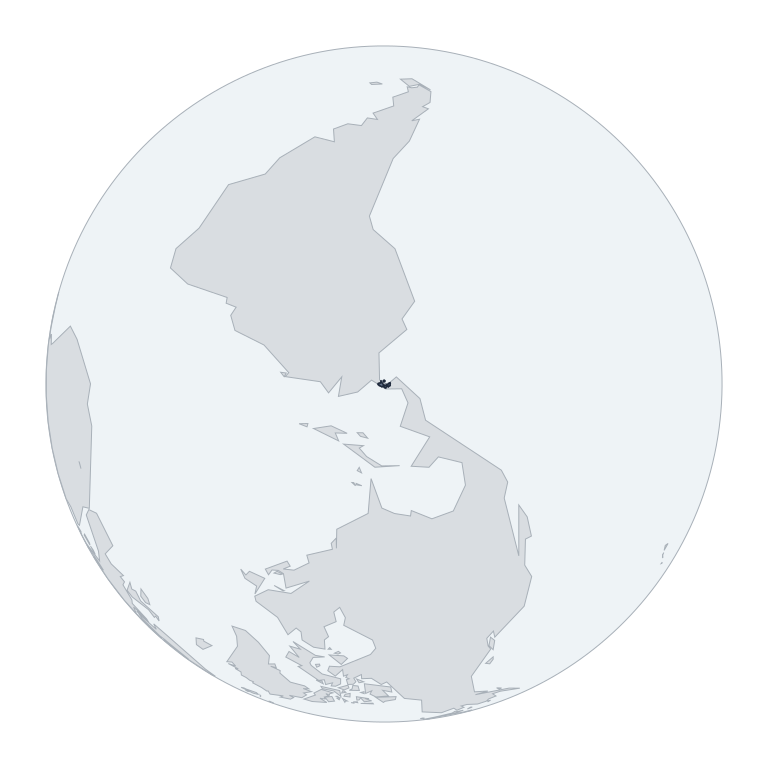 the Earth from above Panama, rotated 192°
{"feature_id": "PAN-1340", "entity_name": "Panama", "entity_type": "Province", "adm_level": 1, "iso_a3": "PAN", "parent_name": "Panama", "parent_adm1": "", "projection": "orthographic", "projection_center": [-79.066, 8.844], "detail": "fine", "context": "on_globe", "style": "filled", "palette": "slate", "viewbox_px": 768, "rotation_deg": 192, "n_neighbors": 0, "source": "natural_earth", "source_scale": "10m", "svg_char_len": 10701}
<svg xmlns="http://www.w3.org/2000/svg" viewBox="0 0 768 768"><g transform="rotate(192 384 384)"><circle cx="384" cy="384" r="338" fill="#eef3f6" stroke="#a8b0b8"/><path d="M389.2,387.1L381.1,383.5L373.4,393.5L345.8,377.2L335.8,357.2L251.3,324.1L242.6,313.8L242.7,297.4L216.4,243.9L227.0,293.7L216.3,283.8L208.2,265.9L213.4,261.7L208.7,236.1L199.5,226.4L200.7,195.8L223.0,159.4L225.6,165.1L230.6,156.6L227.7,149.4L224.5,146.9L237.8,116.2L231.5,101.7L218.6,105.3L230.0,99.1L198.3,112.6L187.9,114.7L206.3,107.7L213.4,103.6L209.6,102.1L216.1,97.8L218.0,95.0L226.0,90.4L236.2,87.8L241.6,85.1L238.6,84.4L244.8,80.1L248.3,81.4L259.5,74.4L278.5,71.2L281.5,82.6L298.7,80.7L319.4,93.1L324.2,89.5L335.1,93.5L344.6,91.1L345.7,95.1L352.4,90.0L349.6,86.9L351.6,83.9L356.9,82.6L359.3,87.0L356.9,88.4L360.4,89.1L359.3,92.1L362.9,89.8L365.1,96.1L370.9,88.2L379.4,91.9L378.7,96.6L368.3,98.2L341.0,116.6L337.1,123.8L342.0,131.2L373.2,139.6L373.2,147.4L380.9,156.3L385.7,150.5L381.4,141.6L392.2,134.1L385.7,125.3L389.1,121.3L386.6,112.4L398.2,111.9L410.9,116.6L413.6,124.3L419.2,127.0L425.8,118.8L439.6,133.6L464.0,144.9L466.3,149.6L454.5,158.7L431.4,159.8L416.0,175.7L437.4,164.0L442.9,177.6L448.6,179.7L454.9,178.8L457.3,173.4L461.6,178.3L442.0,190.6L437.9,186.3L444.1,182.1L433.3,183.2L420.1,193.4L423.9,200.5L400.1,211.6L402.5,217.2L398.7,223.4L396.4,213.4L400.0,232.1L372.6,254.1L377.0,288.8L360.3,262.2L346.8,259.5L330.6,260.4L331.0,265.9L309.1,262.1L289.8,274.2L283.3,302.0L291.4,323.3L315.7,324.0L322.7,311.9L340.3,309.2L328.3,341.8L359.3,346.0L356.6,370.5L365.7,383.0L381.1,379.5L397.0,385.2L408.1,370.7L426.0,362.4L426.8,382.2L436.4,363.8L446.7,373.0L482.1,370.7L479.5,375.3L509.5,397.2L540.9,405.4L548.2,419.3L544.6,428.4L555.2,430.2L555.4,436.0L596.8,441.0L617.0,453.1L615.6,473.2L597.3,498.0L577.5,546.7L543.8,564.7L533.0,583.6L503.0,611.4L482.9,610.6L486.4,622.9L473.5,631.0L459.8,632.1L455.6,640.8L445.4,641.4L451.0,646.7L432.3,658.0L435.0,666.4L420.9,674.9L423.1,679.5L418.5,679.5L413.1,681.3L412.0,683.9L398.9,679.8L397.5,669.0L403.9,663.3L397.8,662.4L411.6,647.2L404.3,650.4L409.7,626.9L421.9,606.5L433.2,545.2L426.7,532.8L401.4,518.6L371.2,471.3L379.9,451.4L373.0,442.1L395.4,413.4L389.2,387.1ZM73.0,287.1L75.4,279.5L75.3,284.6L73.0,287.1ZM76.0,274.7L75.3,277.3L75.7,275.1L76.0,274.7ZM75.7,273.1L75.9,274.3L75.3,273.7L75.7,273.1ZM74.9,271.8L75.4,272.2L75.3,272.4L74.9,271.8ZM375.6,300.7L411.0,316.8L391.3,319.4L394.9,316.2L385.9,309.4L369.2,303.4L351.7,307.4L375.6,300.7ZM74.8,267.6L74.9,266.3L75.6,265.9L74.8,267.6ZM390.6,281.0L384.5,279.9L390.4,279.6L390.6,281.0ZM222.0,146.8L226.9,149.9L227.2,158.5L222.4,156.2L222.0,146.8ZM222.4,132.3L226.5,131.9L220.5,139.8L220.0,137.5L222.4,132.3ZM207.9,109.5L210.7,110.2L205.8,111.1L207.9,109.5ZM216.8,95.5L214.0,96.9L216.2,94.9L216.8,95.5ZM380.4,113.5L383.5,113.0L382.3,114.9L380.4,113.5ZM376.5,110.4L373.0,113.0L370.6,111.9L372.8,110.3L376.5,110.4ZM230.5,86.4L234.9,83.4L232.2,85.9L230.5,86.4ZM381.3,107.6L366.8,109.7L362.6,108.0L367.5,100.8L381.3,107.6ZM238.6,81.4L249.1,75.2L243.7,77.3L264.9,68.8L248.9,76.3L246.4,78.7L243.8,79.0L238.6,81.4ZM346.3,86.6L349.6,89.8L341.9,88.5L346.3,86.6ZM340.9,86.7L314.4,89.0L312.3,84.3L321.6,84.1L314.8,79.8L326.8,76.2L333.2,77.8L332.2,81.4L337.6,77.5L340.9,86.7ZM274.9,65.6L279.0,64.2L276.7,65.3L274.9,65.6ZM351.8,82.6L346.6,83.2L344.4,79.1L354.3,77.2L351.8,79.1L351.8,82.6ZM307.2,80.7L307.3,77.7L317.0,73.9L318.4,72.4L326.9,75.8L307.2,80.7ZM355.1,79.4L359.4,76.5L365.4,77.4L356.7,81.9L355.1,79.4ZM339.6,78.9L339.0,77.0L342.6,77.4L339.6,78.9ZM388.9,80.3L382.8,80.4L381.1,78.1L388.9,80.3ZM360.6,75.4L358.6,75.2L357.2,74.5L361.2,72.9L360.6,75.4ZM333.2,73.1L337.2,72.4L330.2,71.5L337.2,69.1L341.6,72.1L342.7,69.8L344.8,69.2L346.0,72.4L333.2,73.1ZM361.2,69.4L369.2,73.3L381.0,73.2L382.8,75.1L363.6,74.9L361.2,69.4ZM352.2,70.8L358.2,70.3L357.4,72.5L352.8,74.3L352.2,70.8ZM340.4,66.7L328.5,69.5L327.9,68.9L340.4,66.7ZM364.8,68.9L362.7,68.0L365.7,68.6L364.8,68.9ZM348.0,66.7L343.9,67.6L343.4,66.8L348.0,66.7ZM362.2,65.8L364.7,66.9L361.7,68.0L362.2,65.8ZM355.8,65.8L356.1,64.5L359.1,67.7L354.0,66.3L355.8,65.8ZM348.2,65.8L346.5,65.6L350.0,65.5L348.2,65.8ZM372.1,61.7L376.7,65.4L370.0,67.5L366.5,63.5L372.1,61.7ZM420.1,688.4L399.7,681.4L411.5,684.6L421.1,680.4L431.3,685.6L420.1,688.4ZM448.0,677.1L458.4,674.4L460.4,675.6L453.7,677.8L448.0,677.1ZM632.3,154.8L619.7,143.5L626.6,150.6L640.0,163.4L639.8,163.3L649.3,174.8L641.9,166.0L625.4,151.8L628.5,161.1L648.0,194.0L646.6,199.8L638.3,197.8L615.6,169.4L621.4,159.9L613.4,151.3L599.0,142.4L601.9,140.8L596.7,136.5L597.6,133.3L585.7,120.4L584.6,117.0L567.3,104.8L564.4,101.8L575.5,109.6L582.6,113.8L578.3,107.8L573.8,104.5L562.9,97.5L563.1,97.4L553.1,91.5L548.5,88.8L571.4,102.8L593.0,118.5L613.4,135.9L632.3,154.8ZM545.1,87.0L546.6,88.2L533.8,81.7L521.7,75.6L517.9,74.2L537.6,84.3L545.1,88.3L551.0,91.1L571.8,104.3L576.0,108.2L555.7,96.7L559.4,101.5L541.9,91.8L499.4,68.0L488.1,63.0L492.3,63.9L519.2,74.3L545.1,87.0ZM273.0,64.8L269.6,66.0L270.4,65.8L276.2,63.9L264.9,68.8L243.7,77.3L243.1,77.1L230.2,83.5L230.7,82.8L273.0,64.8ZM721.2,406.3L721.6,392.4L721.4,367.1L720.4,358.4L719.7,363.7L717.7,353.5L716.4,355.0L702.8,375.4L693.6,364.0L671.1,323.1L670.0,302.7L661.1,282.1L646.4,201.1L653.0,201.3L652.5,182.5L654.2,183.4L664.8,198.8L671.0,205.6L684.0,228.4L695.2,252.2L704.5,276.8L711.8,302.0L717.2,327.7L720.6,353.8L721.9,380.0L721.2,406.3ZM662.8,238.2L665.9,244.4L666.0,244.4L662.8,238.2ZM483.2,370.4L487.5,374.0L481.9,374.4L483.2,370.4ZM388.7,327.6L396.1,327.9L400.1,330.8L394.4,331.9L388.7,327.6ZM450.4,326.1L458.8,327.5L450.2,329.5L450.4,326.1ZM416.5,318.9L443.7,325.8L427.0,332.1L409.8,328.1L421.5,326.0L416.5,318.9ZM387.5,292.4L392.2,293.7L390.9,297.3L387.5,292.4ZM394.9,281.0L393.1,281.3L390.7,278.5L394.9,281.0ZM444.0,176.9L445.7,176.0L452.3,176.2L449.5,178.6L444.0,176.9ZM479.6,165.0L485.7,173.2L479.4,168.5L476.7,172.8L460.2,169.1L466.6,151.8L466.6,159.9L479.6,165.0ZM439.9,160.7L449.6,164.1L438.7,161.1L439.9,160.7ZM567.2,119.5L571.8,120.6L577.8,125.9L579.1,133.0L570.4,125.1L567.2,119.5ZM576.9,121.2L556.4,109.4L554.7,105.4L559.1,109.4L560.1,108.0L567.4,114.3L585.9,123.3L592.4,128.8L591.3,137.2L588.1,131.0L583.8,129.8L576.9,121.2ZM506.8,95.0L497.9,92.3L505.9,86.8L513.3,90.1L515.1,96.6L507.4,96.6L506.8,95.0ZM392.7,95.5L388.8,96.6L388.1,95.1L390.9,93.0L392.7,95.5ZM386.2,80.5L409.2,89.9L405.8,91.4L423.3,96.5L421.3,102.6L410.1,98.9L421.6,108.0L410.7,107.2L419.5,113.2L394.7,104.3L385.3,104.7L396.5,101.8L398.6,95.9L396.7,93.6L384.2,87.5L365.1,86.6L364.1,81.6L368.5,78.3L372.9,77.7L372.2,81.0L378.6,77.9L380.9,82.3L386.2,80.5ZM420.4,56.2L417.6,58.0L431.0,57.0L433.4,59.6L434.8,59.3L440.7,61.7L450.3,64.4L449.8,65.6L453.8,66.3L457.7,68.2L463.0,69.7L464.0,72.6L470.5,74.8L467.3,75.1L478.2,78.2L470.5,77.3L474.9,80.4L480.0,79.7L472.8,97.0L475.7,106.6L482.3,115.6L468.3,114.1L453.2,105.3L439.6,94.5L438.8,86.1L432.6,87.5L430.4,84.1L436.2,84.4L426.0,82.1L425.7,79.6L413.6,72.9L398.9,72.2L394.1,70.2L399.7,69.3L391.0,68.0L398.4,65.1L395.1,63.8L399.1,60.1L411.8,59.8L407.2,58.5L410.0,56.3L420.4,56.2ZM373.7,60.6L388.3,58.5L396.8,59.2L386.4,65.5L388.3,67.1L381.9,72.2L369.7,71.3L372.7,69.8L372.7,68.3L376.5,69.1L373.5,67.3L377.4,65.4L376.2,63.6L381.3,63.3L373.7,60.6ZM649.7,176.7L649.8,176.3L648.6,174.1L654.5,181.8L649.7,176.7ZM638.9,167.1L638.1,165.2L645.9,174.0L645.7,174.9L638.9,167.1ZM631.0,157.3L637.4,164.4L633.9,161.1L631.0,157.3ZM574.0,107.9L572.4,106.1L574.8,107.6L578.7,110.5L574.0,107.9ZM460.7,57.6L457.7,57.6L455.6,57.0L444.7,55.6L442.1,54.2L447.6,54.4L460.7,57.6ZM456.0,55.8L451.8,55.3L453.1,55.0L456.0,55.8ZM439.6,53.2L440.0,52.6L440.5,53.9L439.6,53.2ZM389.3,46.1L388.5,46.1L388.2,46.1L389.3,46.1ZM425.5,49.0L431.0,49.8L429.9,49.9L425.5,49.0ZM277.0,64.5L278.8,64.2L275.1,65.4L277.0,64.5Z" fill="#d9dde1" stroke="#a8b0b8" stroke-width="1"/><path d="M387.8,386.9L387.7,386.7L387.6,386.4L387.5,386.5L387.4,386.4L387.4,386.2L387.4,385.9L387.1,385.6L387.3,385.6L387.3,385.4L387.3,385.2L386.9,385.1L387.0,385.0L386.9,385.0L386.7,385.1L386.6,384.8L386.6,384.7L386.6,384.4L386.6,384.5L386.4,384.8L386.2,384.6L385.8,384.2L385.7,384.1L385.6,383.9L385.6,384.0L385.4,384.2L385.2,384.0L385.2,383.9L385.1,383.7L384.4,383.3L384.1,383.3L383.9,383.1L383.9,382.9L383.9,382.7L384.0,382.5L384.0,382.4L384.3,382.3L384.5,382.3L384.5,382.2L384.4,382.3L384.2,382.4L383.9,382.5L383.7,382.6L383.8,382.7L383.9,382.9L383.8,383.0L383.7,383.1L383.4,383.0L383.4,382.9L383.4,383.0L382.8,383.0L382.6,383.0L382.1,383.0L381.9,383.0L381.6,383.1L381.4,383.3L381.4,383.6L381.2,383.5L381.2,383.4L381.1,383.6L381.0,383.8L380.9,383.7L380.6,383.8L380.4,383.9L380.3,384.0L380.2,383.9L380.1,384.0L380.0,384.3L380.0,384.6L380.0,384.9L379.9,385.0L379.7,385.2L379.6,385.3L379.8,385.3L380.0,385.3L380.3,385.1L380.1,385.3L379.9,385.6L379.6,385.7L379.3,385.7L379.3,385.8L379.2,385.9L379.0,386.1L378.9,386.2L378.7,386.4L378.3,386.6L378.1,386.3L378.0,386.2L378.0,385.9L377.9,385.7L378.0,385.5L377.9,385.3L377.9,385.2L377.8,384.5L377.6,384.1L377.6,383.9L377.7,383.7L377.8,383.5L377.8,383.4L378.0,383.2L378.3,383.3L378.6,383.2L378.8,383.1L378.9,382.9L378.8,382.6L379.0,382.0L379.2,381.9L379.4,382.0L379.6,382.1L379.8,382.3L380.0,382.4L380.3,382.4L380.5,382.3L380.7,382.1L380.8,381.9L381.0,381.8L381.1,381.7L381.1,381.4L381.2,381.1L381.2,380.9L381.3,380.4L381.6,380.3L381.8,380.3L382.1,380.3L382.2,380.6L382.1,380.8L382.3,380.7L382.5,380.7L382.9,380.7L382.9,380.8L383.0,380.9L383.0,381.0L382.9,381.1L382.8,381.3L383.0,381.4L383.4,381.3L383.6,381.3L383.8,381.3L384.0,381.4L384.3,381.4L384.4,381.2L384.5,381.1L384.8,381.0L385.0,381.1L385.3,380.9L385.5,381.0L385.7,380.9L385.8,380.9L385.9,381.0L386.0,381.0L386.0,380.9L386.6,381.2L387.1,381.1L387.3,381.1L387.4,381.3L387.5,381.2L387.6,381.3L387.8,381.4L387.8,381.5L388.1,381.7L388.5,381.6L388.6,381.9L388.8,381.9L389.2,382.0L389.2,381.9L389.3,381.9L389.4,382.1L389.3,382.3L389.7,382.4L389.8,382.4L390.0,382.6L389.9,382.7L389.8,382.9L389.8,383.0L389.7,383.1L389.8,383.4L389.7,383.5L389.4,383.6L389.2,383.8L388.9,383.8L388.6,383.9L388.6,384.0L388.4,384.2L388.2,384.1L387.9,384.0L387.7,384.1L387.7,384.6L387.7,384.8L387.6,385.1L387.5,385.7L387.6,385.8L387.6,386.0L387.7,386.3L387.8,386.6L387.8,386.9ZM385.0,386.3L385.0,386.2L385.2,386.3L385.2,386.5L385.3,386.6L385.3,386.8L385.4,387.0L385.2,387.1L384.9,387.3L384.9,387.5L385.0,387.6L384.9,387.7L384.8,387.4L384.7,387.3L384.6,387.2L384.7,386.9L384.6,386.7L384.5,386.4L384.9,386.2L385.0,386.3L385.0,386.3ZM383.8,387.1L383.9,387.4L384.0,387.4L384.0,387.5L383.9,387.5L383.9,387.4L383.8,387.5L383.7,387.7L383.7,387.3L383.7,387.2L383.8,387.1ZM383.9,386.7L383.8,386.8L383.6,386.6L383.7,386.4L383.8,386.5L383.9,386.7ZM381.1,384.3L381.1,384.2L381.2,384.3L381.1,384.3Z" fill="#64748b" stroke="#1e293b" stroke-width="1.5"/></g></svg>